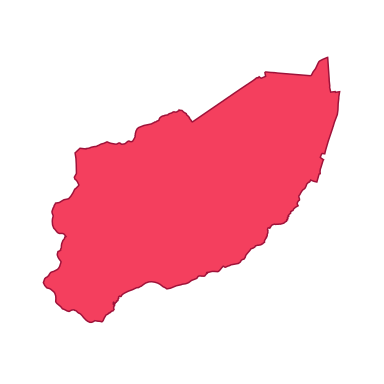 outline of Vama, Satu Mare, Romania, rotated 84°
{"feature_id": "2599482B96492701806769", "entity_name": "Vama", "entity_type": "district", "adm_level": 2, "iso_a3": "ROU", "parent_name": "Romania", "parent_adm1": "Satu Mare", "projection": "albers", "projection_center": [23.428, 47.811], "detail": "fine", "context": "isolated", "style": "filled", "palette": "rose", "viewbox_px": 384, "rotation_deg": 84, "n_neighbors": 0, "source": "geoboundaries", "source_scale": "gbopen_adm2", "svg_char_len": 6000}
<svg xmlns="http://www.w3.org/2000/svg" viewBox="0 0 384 384"><g transform="rotate(84 192 192)"><path d="M137.7,292.7L138.1,292.9L136.8,298.8L140.9,304.2L146.6,303.9L152.2,304.2L161.5,305.0L165.0,307.5L167.0,307.1L168.0,306.0L169.6,305.0L172.7,303.9L173.2,303.8L173.8,304.1L176.5,307.4L176.9,308.3L180.3,310.4L182.5,312.1L183.7,313.1L185.7,315.3L186.0,316.6L186.3,320.1L186.9,321.5L187.5,322.8L188.6,325.1L188.8,328.9L189.8,329.4L190.9,330.4L192.1,330.8L193.5,331.8L196.3,333.1L196.9,333.3L198.2,333.3L201.3,332.5L204.2,333.6L206.3,334.0L209.1,334.1L210.3,334.1L213.4,333.3L213.9,333.0L214.7,332.3L217.4,330.6L218.4,329.8L219.0,328.9L219.4,328.1L219.6,325.5L220.0,324.3L220.4,323.8L221.0,323.3L222.7,322.2L223.2,322.0L223.4,322.4L223.4,323.0L223.6,323.3L224.6,323.5L225.4,324.0L226.7,325.4L229.8,327.0L231.7,327.5L233.9,327.8L235.1,328.6L235.6,328.8L236.1,328.7L236.7,329.8L237.2,331.5L239.8,332.5L240.9,332.5L242.9,332.0L244.5,331.3L247.0,329.8L247.8,329.5L252.2,331.4L253.7,332.5L254.9,333.8L256.5,337.8L256.8,339.6L257.3,341.0L259.3,342.8L260.1,343.1L260.4,343.7L261.2,344.6L262.0,346.5L262.8,347.5L266.6,349.3L269.6,348.2L272.0,346.5L272.3,346.1L273.1,343.9L273.8,342.8L276.9,339.8L278.4,339.0L281.1,338.4L283.7,338.5L286.7,339.0L287.6,338.7L288.7,338.0L292.3,334.5L294.7,333.0L294.9,332.3L296.2,330.1L297.2,328.7L297.9,326.9L297.9,326.4L297.2,325.0L296.9,324.1L296.8,323.0L296.8,321.7L297.4,321.2L297.8,320.0L298.6,319.1L299.6,318.4L300.6,317.3L301.1,316.3L301.7,315.6L303.2,314.4L305.6,312.9L308.4,310.7L309.8,309.1L310.9,307.2L311.1,305.7L311.0,305.0L310.5,303.4L309.8,302.1L310.6,299.3L310.9,297.5L311.3,296.2L311.7,295.2L311.3,294.6L310.6,293.8L308.4,292.6L305.4,290.4L305.2,290.0L304.7,288.5L304.4,288.2L304.2,287.9L303.8,287.6L303.7,286.5L303.3,286.3L303.1,285.6L302.2,284.5L302.0,283.7L302.0,283.1L301.6,282.8L300.7,281.8L299.4,282.1L298.9,281.9L298.0,282.0L297.4,281.6L297.2,281.1L297.0,280.9L295.4,282.0L294.0,281.9L293.4,281.6L293.4,281.4L294.5,281.0L294.7,280.7L295.2,280.4L294.0,279.6L293.8,279.0L293.4,278.6L292.6,278.4L292.6,277.6L292.1,277.0L290.5,276.6L289.9,275.9L288.9,276.1L288.5,275.8L288.0,275.0L288.0,274.8L288.4,274.3L288.5,274.0L288.5,273.6L288.2,273.2L287.3,272.7L286.4,271.5L285.6,270.0L284.9,268.2L284.0,265.7L282.9,261.3L281.4,257.1L281.5,255.3L280.6,253.3L280.3,252.2L279.0,250.1L277.7,247.7L276.9,244.3L277.0,241.5L277.8,238.4L279.0,235.6L280.4,233.5L283.4,230.4L283.6,229.9L284.6,228.3L285.6,227.4L285.7,226.8L285.4,223.4L283.6,217.3L283.1,212.7L282.7,211.2L282.6,208.3L282.4,207.0L281.8,204.9L279.9,201.7L278.6,196.9L278.0,195.8L276.7,194.9L276.4,194.3L276.3,193.6L276.3,192.7L276.6,191.5L276.9,189.4L276.9,188.2L275.0,186.3L274.4,185.2L274.1,185.2L273.8,185.8L273.6,185.7L273.5,185.2L273.7,184.6L273.2,181.4L273.1,179.9L273.4,177.6L273.9,174.8L273.8,174.3L273.7,173.9L272.7,172.6L270.2,170.1L269.1,168.8L269.1,168.5L270.2,167.1L270.3,166.6L269.5,164.3L269.1,162.2L268.5,160.9L267.9,153.3L266.6,151.2L265.1,150.2L264.4,148.8L264.2,147.5L264.1,147.2L262.5,145.9L260.7,145.2L259.0,143.6L256.0,140.4L254.8,139.5L254.3,137.8L254.3,137.4L253.3,135.3L252.2,134.5L252.1,133.7L251.8,132.4L251.9,131.6L251.7,129.0L251.2,128.3L251.2,127.9L251.0,127.7L250.9,127.2L250.3,126.5L249.5,125.1L248.3,125.1L247.3,124.5L245.8,123.4L245.2,122.7L244.7,122.9L243.5,121.8L242.2,121.7L240.4,120.8L239.6,120.8L238.2,120.5L237.5,120.9L236.0,120.4L235.6,119.9L235.7,119.4L236.1,118.5L235.3,118.2L235.4,117.8L234.0,116.8L233.0,115.5L232.6,113.2L233.0,112.2L232.9,110.9L233.1,109.8L233.0,108.7L233.2,107.4L232.6,104.0L231.3,102.0L231.0,101.1L229.9,100.8L229.7,100.1L229.1,100.3L228.9,99.7L228.4,99.4L227.3,99.7L227.0,99.5L226.5,98.4L226.0,98.3L225.4,98.7L224.0,97.2L223.7,96.5L223.2,96.0L222.2,96.1L221.8,95.9L221.6,95.2L221.2,94.7L221.1,93.9L220.5,93.2L219.8,92.9L219.1,92.3L218.9,91.8L218.2,91.0L217.1,88.7L216.9,88.0L216.5,87.9L215.5,88.5L214.6,88.6L213.2,88.1L211.9,87.0L211.5,86.2L211.1,85.9L209.6,85.9L208.2,86.3L206.8,86.0L206.0,85.1L204.0,83.8L201.7,81.9L200.7,80.1L199.8,79.0L197.6,77.7L196.3,77.2L195.7,76.6L194.5,75.0L194.4,74.1L193.7,73.5L192.5,72.8L193.7,70.5L194.3,69.2L195.1,66.8L187.4,63.7L187.2,62.6L184.8,62.5L182.4,61.9L181.5,61.4L174.2,58.3L173.7,57.8L171.9,59.9L170.9,60.8L168.0,59.3L167.3,58.5L167.9,56.0L164.5,54.8L155.7,51.2L143.0,45.4L142.4,45.3L141.9,44.9L137.5,43.1L130.2,39.4L125.7,38.3L119.4,37.4L114.5,36.3L112.8,36.1L107.7,34.7L107.9,38.9L107.1,39.1L107.2,43.6L102.4,44.2L100.9,43.9L95.0,43.9L94.4,43.8L72.3,43.0L72.3,43.3L73.8,48.2L75.0,51.2L75.6,52.1L77.2,53.2L82.2,56.2L85.1,58.9L88.3,61.0L88.6,61.5L88.7,62.3L82.7,94.2L81.8,98.0L81.9,98.5L81.7,98.8L81.3,101.4L80.3,106.2L80.8,107.0L84.7,106.7L86.1,111.3L85.5,112.1L84.4,113.2L84.9,113.7L85.0,114.0L85.4,114.4L85.1,115.2L85.3,115.5L85.3,116.0L85.7,116.6L86.2,117.2L86.3,117.6L86.8,118.0L86.9,118.5L87.6,119.6L91.1,126.3L94.6,132.9L95.0,133.7L96.0,135.5L97.1,137.6L122.3,184.1L122.1,184.7L121.6,185.2L121.1,185.1L118.7,186.7L118.3,186.7L118.1,186.9L117.6,186.9L116.4,187.7L114.6,189.3L113.5,189.5L111.6,192.0L109.9,193.4L109.5,195.0L109.6,195.5L109.1,196.2L109.5,196.3L110.0,197.1L110.3,198.0L110.8,198.8L110.9,200.0L110.5,201.1L110.4,201.8L110.5,202.5L111.4,204.2L111.5,205.4L112.1,207.3L112.6,207.7L112.8,208.1L112.9,211.0L113.2,211.6L113.4,213.5L113.9,214.7L114.8,216.1L115.8,216.8L117.0,217.4L117.4,217.7L117.8,219.4L118.6,220.8L118.6,222.0L119.0,222.4L119.6,224.4L120.0,224.9L120.5,229.5L120.8,232.8L122.3,238.2L123.3,239.8L125.5,241.3L128.2,242.3L129.3,242.4L130.1,242.8L130.9,242.7L132.3,243.5L134.9,245.4L135.5,246.2L135.6,246.6L135.5,247.8L135.3,248.4L134.8,249.1L134.7,249.6L134.9,250.3L135.1,250.9L135.9,251.9L136.9,253.5L137.1,254.3L137.2,256.7L137.0,257.3L136.1,258.1L135.6,259.2L135.6,259.6L136.5,262.0L136.4,263.1L135.1,267.6L134.3,269.4L133.4,270.9L133.3,271.4L134.4,274.6L134.8,277.3L135.1,278.2L135.7,279.5L136.2,281.4L136.6,282.0L136.7,282.9L136.6,284.1L136.9,287.1L137.1,288.1L137.4,288.8L137.6,289.7L137.7,290.5L137.7,292.7Z" fill="#f43f5e" stroke="#9f1239" stroke-width="1.5"/></g></svg>